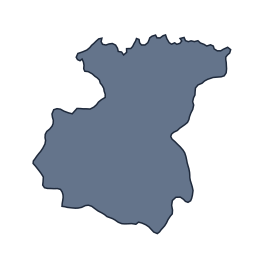 Pirajuba, Minas Gerais, Brazil, rotated 100°
{"feature_id": "56859067B45314161307428", "entity_name": "Pirajuba", "entity_type": "district", "adm_level": 2, "iso_a3": "BRA", "parent_name": "Brazil", "parent_adm1": "Minas Gerais", "projection": "albers", "projection_center": [-48.671, -19.943], "detail": "fine", "context": "isolated", "style": "filled", "palette": "slate", "viewbox_px": 256, "rotation_deg": 100, "n_neighbors": 0, "source": "geoboundaries", "source_scale": "gbopen_adm2", "svg_char_len": 2818}
<svg xmlns="http://www.w3.org/2000/svg" viewBox="0 0 256 256"><g transform="rotate(100 128 128)"><path d="M33.0,40.5L31.2,43.9L33.9,47.8L35.9,50.1L36.5,53.5L35.1,56.9L32.5,58.2L31.7,61.2L33.6,64.7L32.4,67.7L31.7,71.5L29.9,74.3L31.4,77.6L31.2,81.0L32.5,83.6L32.0,86.6L29.1,88.5L30.8,92.3L33.0,90.2L35.6,91.6L37.1,94.5L36.0,96.8L37.9,99.7L36.8,102.3L33.4,105.2L29.8,107.2L31.0,109.5L33.7,112.0L34.2,115.1L31.7,117.0L33.4,120.3L35.4,122.2L37.8,122.6L40.6,123.3L43.3,125.7L43.9,129.2L42.0,131.4L38.9,132.5L38.4,135.2L40.9,135.6L43.6,136.6L46.9,137.6L49.2,139.0L50.1,143.2L53.7,142.5L56.8,145.0L54.3,147.5L54.3,150.9L51.3,152.2L48.5,154.6L47.5,158.1L48.5,161.3L50.1,164.1L50.0,167.6L47.6,169.5L44.1,169.3L45.3,172.3L47.9,174.4L50.6,176.3L52.9,178.2L55.5,179.6L58.4,182.1L60.9,185.9L63.3,190.3L67.3,191.3L69.4,189.6L70.1,186.9L68.1,185.2L70.7,183.4L74.0,182.2L77.4,181.9L79.6,180.4L79.4,176.9L80.9,172.6L82.9,169.4L83.9,167.1L85.7,164.5L88.6,163.1L90.4,161.0L93.1,158.8L96.0,157.8L98.7,156.3L101.9,155.8L104.8,159.2L107.6,161.6L110.5,163.0L113.4,165.3L115.9,168.6L116.4,172.7L116.9,175.4L117.1,178.1L117.6,181.6L121.1,183.8L123.7,185.4L123.4,189.3L122.5,194.1L121.2,197.8L121.3,201.3L122.9,204.3L127.4,205.3L130.5,204.3L133.3,202.9L136.6,202.5L139.4,203.1L142.6,204.9L145.5,207.4L148.6,208.4L152.0,208.0L154.6,207.0L158.2,207.0L162.7,208.4L166.1,209.9L168.7,211.4L171.7,213.0L174.6,214.3L176.9,215.5L179.4,215.3L181.7,212.4L185.1,208.6L187.6,205.9L190.9,202.9L195.7,202.3L199.0,202.1L201.3,199.9L201.5,196.7L201.0,193.6L200.6,190.3L199.9,186.9L200.2,183.8L202.5,181.7L205.1,180.4L207.7,179.8L210.6,179.7L213.8,179.7L216.6,179.4L216.5,176.6L216.7,173.9L216.4,169.3L216.1,165.9L215.5,163.2L214.2,159.9L211.8,156.5L210.9,153.6L211.4,150.1L213.1,146.8L214.9,143.1L216.1,139.2L217.3,136.1L218.9,133.3L219.4,130.3L219.9,127.6L220.8,124.9L222.5,121.3L223.3,117.5L223.0,114.7L222.4,111.7L221.5,107.8L221.4,103.5L218.9,101.3L219.2,97.7L220.2,93.7L221.7,90.3L223.6,87.8L226.0,84.6L226.9,80.8L224.8,78.9L222.4,77.7L220.2,76.3L217.9,74.9L214.7,73.6L211.3,72.7L207.4,71.0L204.9,69.5L201.1,69.9L196.6,71.6L191.7,71.7L187.9,68.8L187.0,64.4L188.6,61.0L190.3,58.7L190.8,56.0L188.8,53.7L186.2,53.1L183.0,52.9L178.3,53.1L174.8,54.5L171.8,56.0L168.9,57.5L166.2,58.5L163.7,59.0L160.9,59.7L157.5,61.0L154.7,62.4L152.0,63.7L149.3,64.7L146.1,66.0L142.7,67.8L140.3,69.9L137.6,73.2L135.5,76.3L133.3,79.4L131.3,82.7L129.0,84.4L126.5,84.1L124.3,82.3L121.9,79.0L119.3,77.1L116.9,74.7L114.7,72.5L112.2,70.4L109.1,69.5L106.2,69.4L102.3,68.7L98.4,67.5L94.0,67.3L90.9,68.9L86.8,68.7L83.9,67.8L80.7,68.2L76.8,68.5L73.4,66.5L71.0,62.8L68.4,60.8L66.2,58.0L64.8,55.4L63.5,53.1L62.5,49.4L61.4,45.1L59.9,42.3L56.6,40.9L52.6,41.2L49.7,41.9L46.6,42.6L43.7,43.6L41.2,44.0L38.9,42.8L36.5,40.9L33.0,40.5Z" fill="#64748b" stroke="#1e293b" stroke-width="1.5"/></g></svg>